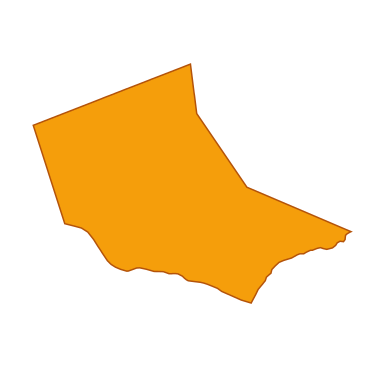 the district of Arvaixeer, Övörhangay, Mongolia, rotated 336°
{"feature_id": "93677404B27145008288474", "entity_name": "Arvaixeer", "entity_type": "district", "adm_level": 2, "iso_a3": "MNG", "parent_name": "Mongolia", "parent_adm1": "Övörhangay", "projection": "robinson", "projection_center": [102.807, 46.251], "detail": "fine", "context": "isolated", "style": "filled", "palette": "amber", "viewbox_px": 384, "rotation_deg": 336, "n_neighbors": 0, "source": "geoboundaries", "source_scale": "gbopen_adm2", "svg_char_len": 1463}
<svg xmlns="http://www.w3.org/2000/svg" viewBox="0 0 384 384"><g transform="rotate(336 192 192)"><path d="M244.1,210.0L228.2,122.3L233.6,104.5L234.2,102.2L242.6,74.5L229.4,73.9L201.3,72.5L198.1,72.4L174.1,71.2L154.4,70.3L153.1,70.2L148.6,70.0L147.6,70.0L74.1,66.5L68.9,114.3L68.7,115.9L62.9,169.2L70.9,175.5L76.3,179.9L80.5,186.2L82.8,195.3L84.0,203.7L84.8,208.2L84.9,209.1L85.2,211.2L86.8,220.5L87.3,221.6L87.8,223.1L88.7,225.3L91.5,229.5L95.3,233.6L100.1,237.7L101.6,238.3L107.1,238.7L110.4,238.9L113.4,240.0L118.9,244.0L125.1,249.2L129.0,251.0L130.5,251.7L133.4,253.1L137.6,257.1L137.7,257.3L140.2,258.4L141.2,258.7L143.7,259.8L145.9,261.1L147.4,263.0L149.0,265.0L150.1,267.8L151.2,269.9L152.4,271.5L154.0,272.5L157.6,274.7L162.8,277.8L165.6,279.9L168.5,282.5L172.2,286.3L176.1,290.4L178.7,294.9L193.0,310.7L200.4,317.1L200.8,317.4L200.9,317.5L202.0,316.6L208.7,311.4L212.8,307.9L216.8,305.9L219.1,304.8L219.8,304.4L222.1,303.2L222.8,302.9L225.3,300.1L225.8,299.9L228.0,299.2L230.0,298.6L231.0,298.4L233.4,295.3L235.3,294.5L237.9,293.4L242.9,291.7L248.0,291.8L256.1,292.8L262.5,292.2L265.3,292.3L269.0,293.9L271.9,293.5L276.4,293.4L278.4,294.2L283.2,294.4L284.4,294.6L284.9,294.7L286.8,295.1L288.8,297.0L291.8,299.2L297.6,300.2L301.5,299.2L304.0,297.5L307.2,297.2L310.2,299.0L312.5,297.7L313.3,296.3L313.7,295.6L314.6,294.1L315.0,293.9L316.6,293.3L319.1,293.0L320.4,292.9L321.1,292.9L244.1,210.0Z" fill="#f59e0b" stroke="#b45309" stroke-width="1.5"/></g></svg>